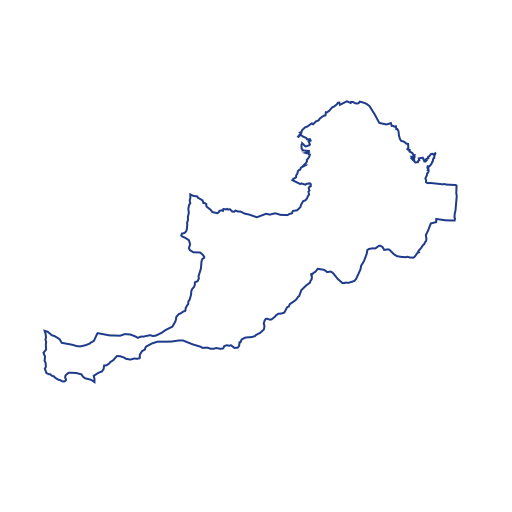 Sadu, Sibiu, Romania, rotated 18°
{"feature_id": "2599482B14009077199366", "entity_name": "Sadu", "entity_type": "district", "adm_level": 2, "iso_a3": "ROU", "parent_name": "Romania", "parent_adm1": "Sibiu", "projection": "robinson", "projection_center": [24.148, 45.645], "detail": "fine", "context": "isolated", "style": "outline", "palette": "blue", "viewbox_px": 512, "rotation_deg": 18, "n_neighbors": 0, "source": "geoboundaries", "source_scale": "gbopen_adm2", "svg_char_len": 6108}
<svg xmlns="http://www.w3.org/2000/svg" viewBox="0 0 512 512"><g transform="rotate(18 256 256)"><path d="M416.9,168.1L416.0,165.1L425.6,163.4L433.9,160.9L433.7,158.9L432.9,158.1L432.0,154.9L431.6,150.8L428.4,137.0L427.0,134.2L425.0,127.1L424.0,126.8L414.7,129.3L413.1,129.3L411.5,130.1L399.9,132.5L396.5,133.7L395.0,133.3L394.3,131.3L393.1,129.8L393.6,125.9L393.2,124.7L393.8,123.8L394.0,122.2L393.6,121.0L392.8,121.1L392.9,119.9L392.3,119.8L391.6,118.7L392.4,118.2L391.9,117.5L393.0,117.2L393.7,116.1L394.5,113.7L394.4,112.3L394.9,111.5L394.5,109.5L394.7,108.0L395.2,107.7L394.6,105.4L395.0,103.2L394.7,102.9L393.4,104.7L392.0,104.3L390.8,105.2L390.0,107.5L389.0,108.7L389.7,109.8L387.7,111.5L388.7,112.3L388.0,113.8L386.1,114.2L387.3,113.2L386.0,113.0L384.2,111.0L380.7,112.9L381.7,114.5L380.9,115.2L381.0,116.7L378.7,117.8L373.7,115.1L374.7,114.4L373.4,113.5L375.1,113.0L375.5,113.2L375.1,113.5L375.5,114.8L375.3,115.1L375.9,115.7L376.7,115.7L375.9,114.2L376.3,113.7L376.2,112.6L375.5,112.0L375.6,111.0L374.4,111.2L372.7,109.6L370.2,109.4L370.1,108.8L369.5,108.8L369.3,107.7L368.0,108.0L367.0,107.6L366.9,107.2L367.6,106.4L366.0,102.4L364.4,102.7L361.4,101.5L358.6,101.7L356.8,100.3L354.7,97.2L352.9,93.2L351.2,91.6L350.2,92.0L349.0,89.4L347.5,90.3L346.5,89.8L344.8,90.3L343.2,87.9L340.1,90.2L338.7,90.7L332.1,91.3L325.3,84.8L317.7,78.4L314.3,77.2L311.8,76.9L307.0,77.1L306.3,79.0L305.4,79.6L303.3,80.1L300.8,79.6L298.9,80.0L298.8,81.2L294.6,80.8L289.1,86.3L287.8,84.3L286.5,85.0L286.0,86.9L283.9,89.9L282.5,91.1L280.9,95.0L279.1,97.5L278.0,97.7L278.6,100.8L277.1,101.7L276.0,103.0L274.0,105.9L273.9,107.0L273.2,108.1L271.4,109.5L269.6,113.1L268.1,112.6L264.8,117.0L262.9,118.5L260.9,122.2L261.0,124.1L259.9,124.9L260.8,125.2L259.2,129.4L259.7,129.5L261.0,126.6L263.2,127.8L267.4,128.3L268.6,129.3L271.2,128.2L272.3,129.4L270.6,130.7L272.8,133.2L272.6,134.1L269.3,136.5L265.1,134.5L265.3,135.4L264.9,135.9L265.2,137.2L266.2,139.8L267.5,140.5L267.7,141.2L274.8,139.5L272.1,140.5L273.7,141.1L271.2,142.7L272.1,142.7L273.6,141.9L274.3,142.7L275.9,142.8L275.9,145.7L274.7,148.9L275.2,150.3L274.7,152.4L273.5,154.6L275.0,154.4L271.4,158.1L271.3,160.3L270.3,161.0L269.6,162.5L269.9,164.9L269.3,166.8L269.8,168.8L267.5,171.3L267.2,172.6L275.8,173.9L276.6,173.0L281.0,172.9L281.7,171.7L283.5,171.1L284.1,170.4L285.5,170.4L286.2,171.5L286.0,171.8L286.5,172.8L285.3,173.9L285.1,175.1L286.6,177.2L286.0,178.6L287.5,181.3L286.8,183.3L286.7,185.6L285.7,187.9L283.9,189.2L283.0,193.4L283.1,195.9L280.9,199.9L277.4,201.6L277.0,202.3L277.0,204.3L274.9,205.6L273.4,207.3L266.6,209.3L261.1,209.4L256.3,212.4L252.6,212.7L244.8,218.9L236.8,218.7L232.1,219.2L227.5,218.5L225.1,219.3L222.5,219.1L221.7,220.5L219.7,221.1L216.8,219.6L214.9,220.5L214.0,220.1L213.2,220.9L210.5,221.4L210.6,223.3L209.0,223.2L207.2,224.5L207.1,225.8L206.1,227.2L200.9,227.7L198.4,226.0L194.0,224.4L193.3,223.8L192.7,222.0L190.5,221.5L189.6,221.9L188.0,219.6L182.6,218.5L181.9,217.5L177.5,218.2L174.5,217.7L175.7,221.5L175.7,223.5L177.2,226.2L176.6,227.9L177.0,231.9L178.8,235.8L179.1,239.6L180.2,242.8L180.2,245.9L180.9,247.2L181.9,251.7L182.0,254.0L181.6,254.9L180.7,256.4L178.6,257.6L178.6,259.6L179.9,260.3L182.6,260.5L187.3,261.7L189.7,265.2L189.8,269.4L191.4,270.9L195.4,271.8L201.5,270.0L202.4,270.1L205.5,271.6L207.0,272.8L207.3,273.7L205.9,275.4L205.8,277.7L207.5,285.1L207.6,293.0L208.6,295.1L208.2,298.1L206.1,299.7L206.2,300.9L206.7,301.9L206.7,304.3L205.5,307.1L205.3,309.1L206.2,313.0L206.4,318.0L205.7,320.0L206.4,322.7L205.8,324.0L205.2,327.4L205.7,329.3L205.6,330.2L204.1,331.2L202.0,333.9L200.5,335.1L199.3,337.9L199.0,339.0L199.5,340.8L199.5,343.3L198.3,349.0L192.8,354.4L190.1,358.1L185.3,362.7L182.7,364.0L179.8,364.0L173.9,367.4L171.5,368.2L168.8,370.4L166.5,369.8L160.7,369.5L155.4,370.8L151.4,373.8L141.1,376.8L129.3,378.3L129.0,378.8L128.1,386.5L127.7,387.3L125.5,389.5L125.1,390.5L121.5,393.5L117.0,396.2L113.6,397.1L108.6,397.2L98.0,398.6L95.2,396.0L93.0,395.3L89.0,394.4L86.4,394.5L81.3,392.4L78.1,392.5L80.1,395.3L81.5,398.5L81.5,400.3L83.1,402.9L83.4,405.0L85.3,409.8L83.8,413.7L86.5,417.0L87.3,421.0L88.9,422.6L90.1,425.5L90.4,426.6L90.0,428.4L92.9,432.1L95.5,432.4L96.8,432.1L98.6,432.9L101.2,433.0L102.4,433.8L106.5,434.8L107.7,434.5L110.8,435.1L112.7,434.4L113.6,432.9L113.4,432.0L112.0,430.6L111.8,428.3L113.6,425.2L115.1,424.5L120.9,422.9L126.5,422.5L128.8,424.3L131.2,425.1L137.5,424.7L141.3,425.8L140.4,422.9L138.7,420.1L142.3,415.7L145.1,413.5L146.0,410.7L145.4,407.0L147.5,406.3L149.7,403.5L150.0,402.2L152.5,399.1L154.6,394.2L157.7,393.3L162.3,393.4L164.1,394.0L168.6,393.3L171.9,391.1L174.4,390.6L176.8,389.3L177.0,388.6L176.3,387.1L176.1,385.4L177.0,381.7L179.3,379.2L179.1,377.6L179.4,376.2L184.3,371.1L188.9,367.9L201.6,363.7L208.7,360.2L212.7,358.9L223.0,359.6L231.2,359.4L233.6,359.9L238.0,358.2L241.5,358.2L244.3,357.3L246.7,355.8L250.7,355.3L252.8,354.4L253.4,353.7L253.6,351.6L255.6,350.0L258.6,349.5L259.9,348.6L263.9,350.1L267.0,348.8L267.7,346.7L267.0,343.1L267.9,342.8L268.1,340.3L268.6,339.2L271.2,336.8L277.0,334.4L279.7,332.6L280.4,331.1L283.7,327.8L286.0,323.8L286.2,323.2L285.9,321.1L285.5,319.6L284.3,318.0L284.1,315.0L284.7,312.9L285.9,312.2L288.5,312.3L290.3,311.6L292.8,307.9L293.2,306.5L295.1,304.0L297.9,302.9L300.4,301.1L301.4,295.2L302.7,294.0L303.1,291.2L306.6,286.7L307.8,284.7L308.7,281.6L309.4,281.0L309.7,274.4L313.0,268.2L315.6,264.7L315.5,262.7L316.1,261.2L315.7,258.6L314.2,256.8L314.2,256.0L315.2,256.0L315.8,254.4L317.4,252.6L318.7,249.1L325.1,248.1L328.7,249.3L331.6,247.8L332.5,247.8L334.6,248.5L340.9,252.6L346.6,255.0L348.6,254.4L349.3,253.6L352.2,253.0L357.2,249.4L358.3,246.9L359.5,236.4L359.0,232.8L360.3,227.3L360.6,219.1L360.0,216.2L361.1,214.5L364.2,212.8L367.2,211.9L369.7,208.4L371.0,207.8L373.6,208.4L376.0,210.6L379.4,208.9L380.9,208.8L386.6,211.7L390.2,212.6L394.8,211.9L399.0,210.8L400.3,209.9L402.7,209.9L406.3,208.9L407.2,207.5L408.6,203.1L409.8,202.1L408.9,201.4L409.0,200.7L410.3,198.1L411.6,193.7L412.4,192.8L412.4,191.0L413.1,189.1L412.8,187.0L411.1,183.7L411.8,178.4L412.2,171.0L416.9,168.1Z" fill="none" stroke="#1e3a8a" stroke-width="2"/></g></svg>